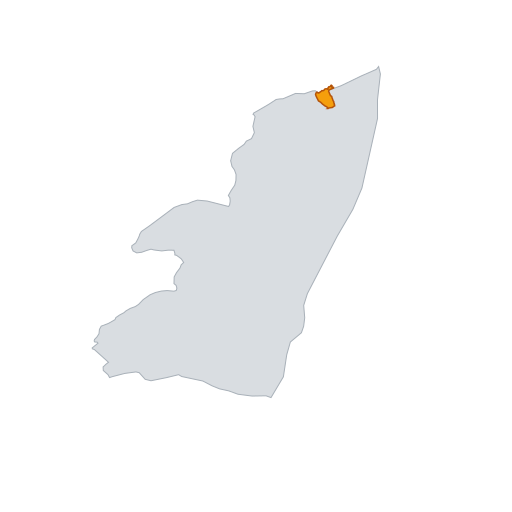 Tuobo, River Gee, Liberia (highlighted), rotated 247°
{"feature_id": "62588387B28588993408977", "entity_name": "Tuobo", "entity_type": "district", "adm_level": 2, "iso_a3": "LBR", "parent_name": "Liberia", "parent_adm1": "River Gee", "projection": "equal_earth", "projection_center": [-7.667, 5.015], "detail": "fine", "context": "in_parent", "style": "filled", "palette": "amber", "viewbox_px": 512, "rotation_deg": 247, "n_neighbors": 0, "source": "geoboundaries", "source_scale": "gbopen_adm2", "svg_char_len": 3608}
<svg xmlns="http://www.w3.org/2000/svg" viewBox="0 0 512 512"><g transform="rotate(247 256 256)"><path d="M119.8,214.5L123.4,210.6L128.6,197.7L135.8,185.4L142.6,178.1L147.9,170.6L153.6,164.9L161.7,158.2L174.1,140.5L177.0,138.4L179.0,126.2L182.2,110.6L185.8,105.8L194.2,102.9L196.2,100.2L199.2,89.3L201.1,76.5L201.3,73.7L204.6,73.4L210.3,70.7L213.6,71.9L215.0,75.6L215.8,78.7L233.0,70.7L234.5,69.1L235.4,69.3L237.5,76.5L238.8,76.1L239.8,74.0L241.0,73.8L242.3,74.8L243.7,78.1L245.8,81.1L249.6,83.2L251.9,86.1L251.6,93.8L252.5,101.3L254.1,103.0L255.0,107.4L255.4,112.3L256.3,114.9L256.9,119.8L256.6,125.1L257.3,128.9L260.0,135.3L261.7,143.4L261.7,149.1L260.7,155.2L258.9,160.7L255.7,166.7L255.4,169.1L257.3,170.6L260.2,171.0L262.6,169.7L268.7,172.5L271.8,176.4L274.6,181.3L277.2,183.8L278.3,186.9L282.6,186.1L287.7,183.1L288.7,181.7L290.2,182.4L293.4,182.7L295.7,177.4L297.5,171.2L301.4,164.5L303.3,162.0L303.8,157.7L304.1,152.2L305.5,147.4L308.7,144.8L312.1,144.8L314.0,145.8L315.0,150.4L317.8,153.9L320.1,156.4L321.4,157.4L323.4,160.1L325.3,169.4L332.7,199.6L332.3,207.9L330.8,213.3L330.8,218.7L330.3,223.9L325.7,232.5L312.3,250.1L313.4,251.7L316.6,253.7L319.8,254.7L322.5,254.2L325.9,258.6L329.5,264.1L333.3,267.0L338.8,269.5L343.7,269.8L347.8,268.9L353.6,269.9L359.7,274.5L361.9,282.1L363.4,288.7L365.5,292.0L365.8,297.7L370.2,302.7L376.5,303.8L384.6,309.6L386.6,309.3L387.5,308.6L388.5,309.7L390.6,326.7L392.2,335.7L391.3,339.3L390.2,342.2L390.2,355.9L386.5,363.8L385.9,372.4L384.9,375.2L380.9,377.7L380.9,384.3L379.9,392.4L379.5,400.9L380.6,423.2L380.8,439.8L382.5,442.9L374.9,441.6L352.4,428.9L335.1,421.6L277.1,380.0L261.1,363.4L242.5,338.5L201.3,288.6L191.9,280.6L180.1,276.7L172.7,272.4L167.6,267.8L163.4,254.0L153.1,245.7L134.1,234.0L119.8,214.5Z" fill="#d9dde1" stroke="#a8b0b8" stroke-width="1"/><path d="M380.3,392.9L380.5,393.0L380.9,393.3L381.1,393.1L381.3,392.9L381.3,392.3L381.5,391.9L381.9,391.8L382.2,391.7L382.4,392.0L382.8,392.5L383.1,392.3L383.7,392.2L383.8,391.6L383.4,391.1L383.2,390.8L383.0,390.1L383.0,389.7L383.3,389.1L382.8,388.3L382.6,387.9L382.3,387.8L382.0,387.7L381.7,387.6L381.5,387.2L382.1,386.6L382.4,386.2L382.8,384.9L382.7,384.4L382.5,384.0L382.2,383.6L381.9,383.0L382.0,382.4L382.1,382.0L382.5,381.2L382.4,380.9L382.2,380.5L382.1,380.1L382.0,379.6L382.0,379.3L381.8,379.0L381.8,378.5L381.6,378.1L381.5,377.4L381.8,377.2L382.0,377.1L382.2,376.8L382.3,376.4L382.9,376.3L383.0,376.1L382.9,375.4L382.3,374.7L381.8,374.2L381.3,373.9L380.9,373.9L380.1,373.8L379.7,373.8L379.1,373.8L377.3,373.9L376.5,374.0L375.4,374.0L374.9,374.1L374.3,374.1L373.9,374.4L373.8,374.5L373.1,375.0L372.4,375.5L371.7,375.8L371.3,376.0L371.2,376.1L370.9,376.1L370.5,376.3L369.6,376.7L369.3,376.9L368.3,377.5L367.6,377.8L367.2,378.1L366.8,378.5L366.3,378.9L365.7,379.4L364.4,379.9L363.8,380.5L363.7,379.7L363.6,379.9L363.7,380.1L363.7,380.3L363.7,380.8L363.7,381.4L363.5,382.0L363.4,382.4L363.3,382.8L363.0,383.9L362.9,384.3L362.9,384.5L363.0,384.9L363.2,385.4L363.3,386.0L363.5,386.8L363.5,387.1L363.8,387.1L364.2,387.3L364.6,387.2L364.8,387.3L365.0,387.5L365.3,387.5L365.6,387.4L366.0,387.6L366.3,387.6L366.5,387.5L367.1,387.6L367.5,387.8L368.0,387.9L368.4,387.8L368.8,387.6L369.3,387.6L369.7,387.7L370.4,387.8L371.7,387.8L372.1,387.8L372.7,388.0L373.1,388.0L373.5,388.0L373.8,387.8L373.9,387.7L374.4,387.2L374.5,387.2L375.0,387.2L375.7,387.2L376.4,387.2L376.7,387.2L376.9,387.2L377.8,387.2L378.2,387.2L379.1,387.2L379.4,387.4L379.7,387.5L380.0,387.9L380.2,388.3L380.3,389.2L380.3,390.3L380.3,391.2L380.3,391.4L380.3,392.1L380.3,392.9Z" fill="#f59e0b" stroke="#b45309" stroke-width="1.5"/></g></svg>